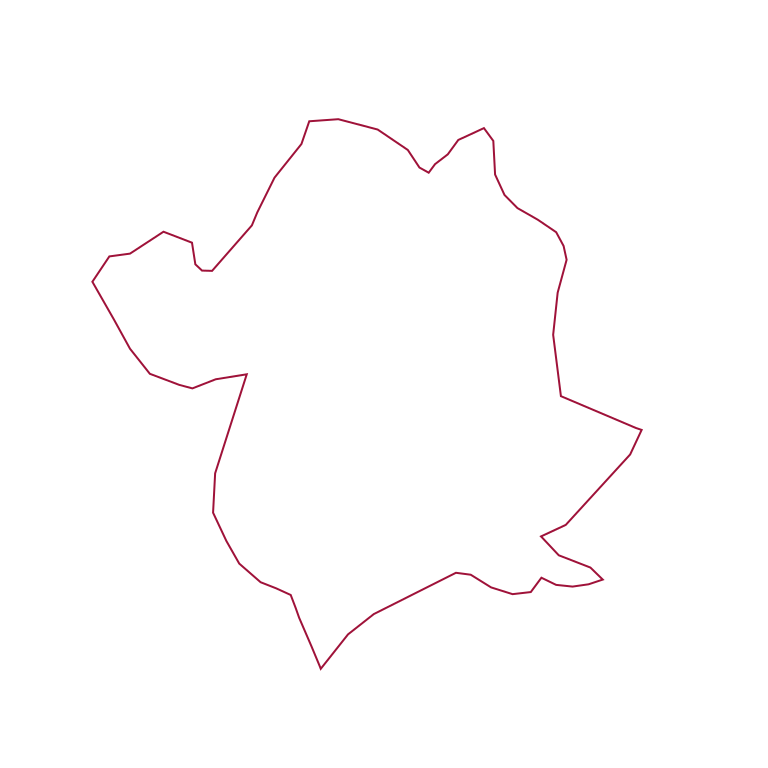 the Unitary Authority (wales) of Conwy, rotated 155°
{"feature_id": "GBR-2129", "entity_name": "Conwy", "entity_type": "Unitary Authority (wales)", "adm_level": 1, "iso_a3": "GBR", "parent_name": "United Kingdom", "parent_adm1": "", "projection": "orthographic", "projection_center": [-3.743, 53.137], "detail": "fine", "context": "isolated", "style": "outline", "palette": "rose", "viewbox_px": 768, "rotation_deg": 155, "n_neighbors": 0, "source": "natural_earth", "source_scale": "10m", "svg_char_len": 1054}
<svg xmlns="http://www.w3.org/2000/svg" viewBox="0 0 768 768"><g transform="rotate(155 384 384)"><path d="M169.9,233.5L190.7,216.1L278.8,179.5L306.1,179.5L298.0,154.9L274.5,130.4L268.4,114.3L283.2,116.0L298.7,120.7L312.9,129.2L323.2,141.9L338.9,133.4L356.3,139.2L372.9,154.4L386.0,174.5L398.6,182.5L490.4,179.8L522.4,172.3L561.7,152.6L561.5,155.4L560.6,176.8L559.7,208.0L558.7,218.4L557.7,232.2L568.1,244.4L579.6,256.5L591.1,282.4L593.2,308.4L593.3,339.6L574.8,374.4L504.3,450.8L534.5,459.4L559.5,461.0L569.9,469.7L591.9,492.2L599.3,523.3L601.5,556.3L605.1,599.9L579.0,615.7L559.1,609.5L519.5,615.2L498.3,593.2L504.4,572.2L501.0,563.7L492.0,559.2L436.7,583.6L426.3,593.1L396.0,617.3L357.4,636.4L340.7,653.7L313.5,643.3L282.2,617.3L263.5,586.0L260.4,565.2L254.2,556.6L244.8,561.7L229.1,565.2L213.5,573.8L194.6,573.7L185.3,573.7L182.2,558.1L186.4,547.7L194.8,526.9L194.9,504.4L188.7,487.0L175.2,467.9L163.8,448.8L162.9,433.2L166.0,419.4L188.0,393.4L209.9,357.1L228.8,298.2L174.4,237.8L169.9,233.5Z" fill="none" stroke="#9f1239" stroke-width="2"/></g></svg>